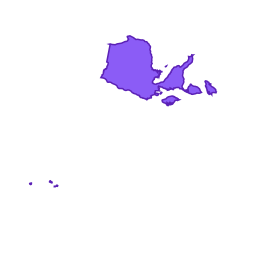 Seram Bagian Barat, Maluku, Indonesia, rotated 207°
{"feature_id": "22746128B92585048181027", "entity_name": "Seram Bagian Barat", "entity_type": "district", "adm_level": 2, "iso_a3": "IDN", "parent_name": "Indonesia", "parent_adm1": "Maluku", "projection": "orthographic", "projection_center": [128.082, -2.474], "detail": "fine", "context": "isolated", "style": "filled", "palette": "violet", "viewbox_px": 256, "rotation_deg": 207, "n_neighbors": 0, "source": "geoboundaries", "source_scale": "gbopen_adm2", "svg_char_len": 6019}
<svg xmlns="http://www.w3.org/2000/svg" viewBox="0 0 256 256"><g transform="rotate(207 128 128)"><path d="M175.0,160.6L172.5,161.4L170.7,161.5L169.3,161.1L167.2,159.6L166.4,159.8L165.1,160.6L163.6,160.9L162.4,160.6L158.6,160.9L156.9,160.5L155.6,159.4L154.0,159.1L150.6,160.7L149.0,160.2L147.4,160.3L146.4,160.9L145.7,161.7L144.3,162.3L142.3,162.3L140.1,161.4L139.4,161.6L138.8,161.4L136.0,161.9L134.7,161.6L132.9,162.2L132.1,161.8L132.1,161.3L130.4,160.9L129.3,161.4L128.2,161.3L127.9,161.6L126.5,161.7L126.0,161.9L124.0,161.7L123.8,162.4L124.3,163.0L124.1,163.4L122.8,163.6L122.4,164.5L121.0,165.3L121.2,166.3L122.2,166.8L121.5,168.0L119.6,169.9L116.9,170.1L116.1,171.1L116.2,171.8L116.8,172.4L118.4,172.0L119.8,171.0L120.2,171.3L120.1,172.2L120.5,173.6L117.4,175.3L118.0,175.7L118.1,176.4L117.8,176.2L117.6,176.6L117.8,176.4L117.8,177.1L118.8,178.2L119.3,177.8L119.4,178.3L119.8,178.5L119.8,179.2L119.0,179.2L118.5,179.6L117.2,179.4L116.3,180.0L114.7,179.6L113.2,179.9L112.7,180.2L112.2,179.9L111.7,180.2L110.3,179.8L110.1,179.9L110.5,180.4L110.0,180.8L109.7,180.4L110.3,180.3L110.0,180.1L109.9,179.6L108.7,180.5L108.4,181.4L107.9,181.7L107.9,182.6L108.5,182.6L108.6,182.8L107.6,182.8L107.5,182.5L107.1,182.8L106.7,182.5L106.2,182.9L105.7,182.7L105.3,183.3L105.0,183.2L105.2,184.6L104.2,184.9L103.6,185.8L102.4,186.5L101.1,187.2L99.5,186.5L98.4,187.1L97.5,187.2L96.6,186.9L95.9,187.1L96.2,187.8L98.2,188.9L98.9,189.9L99.0,193.7L99.3,194.6L100.2,195.8L100.3,197.0L102.8,198.9L103.3,199.7L104.1,202.5L105.0,204.0L104.7,205.7L104.9,206.4L103.9,207.7L102.9,209.4L102.6,212.0L101.6,213.6L100.8,215.9L101.8,219.1L103.0,220.5L103.3,222.0L103.1,222.6L103.4,222.4L104.4,222.2L104.2,221.2L104.4,220.5L105.2,219.6L106.5,219.2L105.4,217.7L105.1,215.6L105.2,213.9L105.9,213.3L107.3,211.1L107.5,209.4L108.5,206.7L109.2,205.9L110.4,206.6L111.3,206.5L112.5,205.5L112.6,204.5L114.6,203.0L114.7,201.8L115.3,199.9L115.0,199.1L115.4,198.0L114.9,197.3L115.4,196.0L115.1,195.5L115.7,194.5L115.9,192.3L115.7,191.6L116.0,191.3L116.1,190.2L116.5,189.7L117.0,188.0L117.1,186.0L117.7,184.8L119.4,183.8L120.6,181.9L122.4,180.6L122.7,179.9L123.8,179.3L125.7,179.1L126.2,179.5L126.7,179.4L127.2,180.4L127.2,182.4L126.7,183.2L127.3,184.4L126.7,185.2L126.8,185.7L125.9,186.4L124.8,186.0L124.7,185.6L124.7,186.6L124.5,187.0L124.8,187.7L124.3,187.9L123.6,187.3L123.8,188.2L124.2,188.6L124.1,189.3L123.5,189.7L124.4,189.3L124.6,189.6L123.7,190.8L124.7,191.4L124.6,191.8L125.3,193.1L125.9,193.6L126.3,192.6L126.7,192.7L126.9,192.2L127.4,192.4L126.5,190.7L127.1,190.8L127.6,191.6L128.1,191.6L129.0,192.3L129.3,192.2L129.1,191.7L129.3,191.6L129.8,192.1L130.2,192.2L130.9,191.6L130.7,191.2L131.7,190.6L131.2,191.2L131.4,191.5L132.2,191.5L132.9,191.0L133.2,191.2L133.3,192.2L135.1,193.0L135.4,193.7L135.9,194.8L135.8,196.5L136.9,197.2L137.4,199.0L138.2,200.2L138.7,202.0L140.0,203.1L140.5,204.1L141.7,204.6L142.6,206.0L142.7,206.7L144.0,207.6L144.8,210.5L145.5,211.1L146.5,211.4L147.5,212.3L148.9,212.5L149.6,213.1L150.6,213.3L152.3,212.7L153.5,213.3L155.0,213.1L156.4,212.3L159.5,211.5L161.3,210.4L162.1,210.7L163.1,210.6L163.6,211.0L168.1,211.0L170.1,209.4L170.1,208.9L167.8,207.3L168.1,206.3L167.9,205.7L168.2,205.0L169.2,204.0L169.7,203.9L172.3,200.6L175.9,198.0L177.2,196.4L180.4,195.1L181.8,194.9L182.7,194.2L181.9,194.3L181.6,193.5L176.9,177.2L175.4,177.3L174.9,176.3L174.5,174.2L174.8,173.5L174.1,171.9L174.2,170.7L173.9,170.2L174.7,170.8L175.0,170.7L175.0,169.9L175.7,169.3L175.4,168.9L175.8,168.2L175.1,167.1L175.4,166.8L174.7,165.3L174.7,164.1L175.2,163.6L174.8,163.0L175.1,161.9L174.9,161.7L175.0,160.6ZM89.3,186.6L87.5,187.2L86.9,186.9L85.8,187.3L83.2,189.4L82.6,190.3L80.0,191.5L78.7,193.1L80.2,193.7L82.0,195.3L84.7,196.0L87.1,195.6L88.4,195.0L90.4,195.0L91.8,195.6L92.2,195.4L92.3,194.9L91.9,193.9L92.7,192.5L92.6,190.6L91.8,189.4L92.5,189.5L92.6,189.2L90.9,188.2L90.2,187.1L89.3,186.6ZM103.4,165.9L102.4,166.2L102.4,166.6L102.9,166.8L103.3,166.6L104.5,167.4L104.8,168.4L103.4,167.9L102.6,169.2L101.8,169.3L101.9,169.6L101.6,169.4L101.7,169.7L100.7,170.0L99.4,170.1L99.5,170.8L98.8,171.5L98.5,173.0L98.6,173.9L97.2,175.0L96.5,174.9L95.1,176.5L96.1,176.3L96.6,176.8L97.2,176.6L98.1,177.0L99.1,176.5L99.5,176.8L100.7,176.7L100.5,176.9L100.7,177.0L102.5,176.8L103.3,176.5L106.1,174.2L106.9,173.1L107.4,171.2L110.2,168.5L110.1,167.9L109.1,166.9L107.4,166.8L105.8,167.1L104.4,166.6L103.4,165.9ZM73.0,195.6L72.4,195.8L72.3,196.4L71.9,196.3L71.9,196.5L71.1,195.9L69.5,196.5L68.7,196.0L69.1,196.8L69.0,197.7L67.9,198.5L65.6,199.3L65.7,200.1L65.9,200.0L67.4,202.1L70.2,202.9L72.3,202.9L73.9,203.5L75.4,203.6L75.9,204.6L76.8,205.4L78.1,205.3L78.9,205.6L80.3,205.2L80.5,204.8L80.4,204.3L78.5,202.9L78.1,202.0L78.2,201.0L77.5,200.0L77.3,199.9L76.6,200.1L75.8,198.6L75.0,198.2L74.7,197.5L73.9,197.2L73.4,196.5L73.8,196.5L73.7,196.4L72.9,196.7L72.6,196.4L73.3,195.9L73.0,195.6ZM103.4,167.3L102.9,166.9L102.9,167.1L101.1,167.7L99.4,169.2L99.1,169.9L100.3,169.9L101.0,169.3L102.1,169.1L102.3,168.6L103.1,168.1L103.4,167.3ZM94.4,186.6L91.4,186.6L90.5,186.9L91.0,187.8L91.5,187.6L92.5,187.7L93.2,188.4L93.7,188.0L93.0,187.0L93.9,187.1L94.1,187.7L95.7,187.0L94.4,186.6ZM190.1,33.5L189.1,33.4L188.7,33.8L188.7,34.4L189.1,35.1L190.2,34.3L190.4,33.9L190.1,33.5ZM173.2,45.7L173.6,45.3L173.6,44.7L173.4,44.3L172.7,44.3L172.4,44.8L172.4,45.4L173.2,45.7ZM115.1,173.2L114.6,173.0L114.2,173.5L113.9,174.9L114.3,175.1L114.7,174.9L115.1,173.2ZM164.9,44.9L165.7,44.5L165.7,43.8L165.1,43.7L164.4,44.0L164.4,44.7L164.9,44.9ZM70.9,194.8L70.4,195.5L71.8,195.8L71.9,196.1L72.2,195.2L70.9,194.8ZM124.8,193.5L124.6,192.1L123.3,193.5L123.5,193.7L124.1,193.3L124.8,193.5ZM171.8,45.1L171.3,44.4L170.8,44.8L171.4,45.4L171.8,45.1ZM166.3,43.1L167.2,42.7L167.0,42.2L166.2,42.6L166.0,43.0L166.3,43.1ZM121.9,200.7L122.9,199.3L122.7,199.4L122.4,199.6L121.9,200.2L121.9,200.7ZM74.4,204.2L74.1,204.3L74.2,204.8L74.7,204.7L74.4,204.2ZM70.0,195.9L69.2,195.8L69.5,196.2L70.0,195.9ZM116.8,175.5L116.2,175.4L116.0,175.5L116.8,175.5Z" fill="#8b5cf6" stroke="#5b21b6" stroke-width="1.5"/></g></svg>